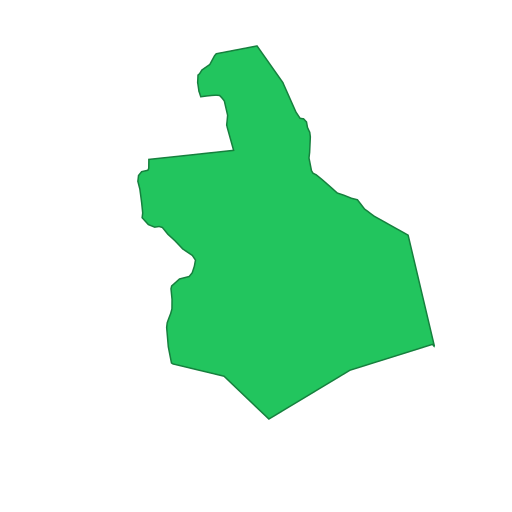 outline of Bissee, Castries, Saint Lucia, rotated 51°
{"feature_id": "8701671B13263124861718", "entity_name": "Bissee", "entity_type": "district", "adm_level": 2, "iso_a3": "LCA", "parent_name": "Saint Lucia", "parent_adm1": "Castries", "projection": "orthographic", "projection_center": [-60.976, 14.022], "detail": "fine", "context": "isolated", "style": "filled", "palette": "green", "viewbox_px": 512, "rotation_deg": 51, "n_neighbors": 0, "source": "geoboundaries", "source_scale": "gbopen_adm2", "svg_char_len": 1484}
<svg xmlns="http://www.w3.org/2000/svg" viewBox="0 0 512 512"><g transform="rotate(51 256 256)"><path d="M438.2,174.4L437.9,173.9L411.9,161.4L336.6,125.2L335.5,124.7L299.5,139.1L294.5,140.4L291.4,141.1L289.7,141.6L287.8,142.1L284.4,142.0L276.1,141.8L271.2,145.5L264.0,149.5L258.2,153.2L247.7,154.9L244.9,155.4L238.0,156.6L232.3,157.8L230.5,158.2L229.8,158.6L227.5,159.6L224.6,159.2L214.8,154.0L213.2,153.2L209.3,149.2L197.6,138.8L193.7,136.4L190.8,135.7L188.5,135.1L183.6,132.4L182.4,132.5L179.3,132.7L178.6,133.4L176.7,135.1L169.3,134.4L139.9,126.5L138.3,126.0L93.4,123.0L73.8,159.6L74.3,162.2L77.5,169.9L78.1,171.4L77.6,177.9L77.6,178.8L77.5,179.8L77.4,181.0L78.6,184.4L78.9,185.6L78.9,187.2L81.4,189.4L84.5,192.2L86.1,193.1L92.3,196.8L92.8,196.9L97.5,198.7L100.8,193.3L102.7,190.4L103.2,189.6L105.9,185.8L108.3,183.3L111.3,183.0L115.2,183.0L115.7,183.1L128.8,189.5L132.7,193.3L135.8,196.4L137.2,197.0L137.7,197.3L159.8,206.9L113.5,278.5L114.4,279.2L120.4,284.2L121.3,286.1L118.5,291.8L119.5,296.6L123.6,300.8L131.0,304.2L142.6,311.3L151.3,317.0L154.6,320.4L163.8,319.9L169.8,316.6L172.1,312.7L174.9,310.8L183.7,310.8L192.9,309.4L204.5,308.5L215.5,305.1L221.1,305.6L225.2,310.4L228.9,316.1L229.9,320.8L225.7,329.9L226.2,340.4L228.0,342.7L236.8,348.5L244.2,354.6L247.0,358.5L249.7,363.2L252.0,367.0L255.3,370.4L271.4,381.3L285.9,389.0L287.7,388.4L329.3,356.5L373.2,350.9L390.8,348.6L403.9,254.8L435.7,174.5L438.2,174.4Z" fill="#22c55e" stroke="#15803d" stroke-width="1.5"/></g></svg>